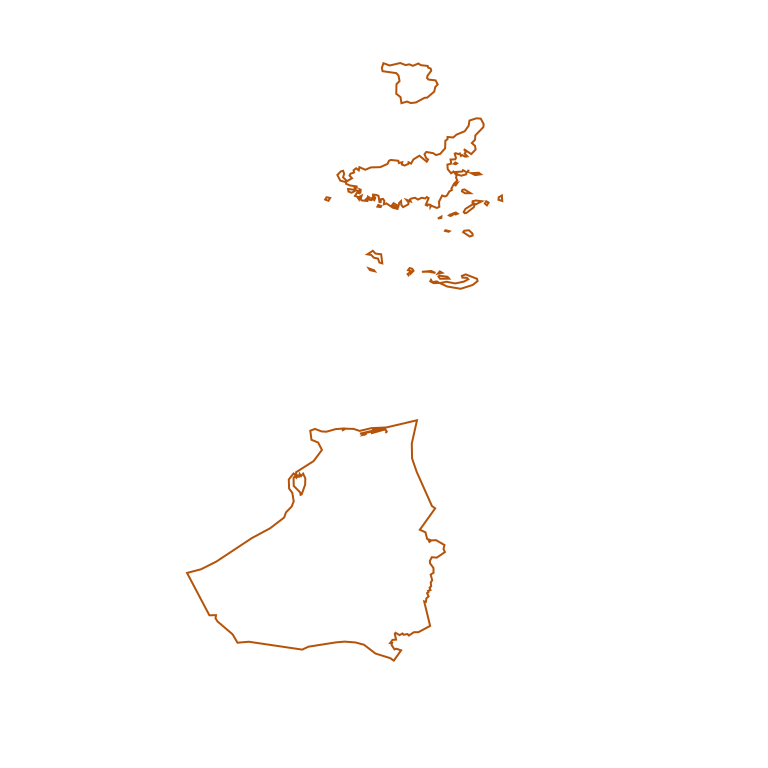 outline of Aceh Singkil, Aceh, Indonesia, rotated 120°
{"feature_id": "22746128B17710719872214", "entity_name": "Aceh Singkil", "entity_type": "district", "adm_level": 2, "iso_a3": "IDN", "parent_name": "Indonesia", "parent_adm1": "Aceh", "projection": "mercator", "projection_center": [97.426, 2.307], "detail": "fine", "context": "isolated", "style": "outline", "palette": "amber", "viewbox_px": 768, "rotation_deg": 120, "n_neighbors": 0, "source": "geoboundaries", "source_scale": "gbopen_adm2", "svg_char_len": 6181}
<svg xmlns="http://www.w3.org/2000/svg" viewBox="0 0 768 768"><g transform="rotate(120 384 384)"><path d="M398.9,337.3L420.5,360.3L427.8,371.7L422.6,360.3L423.7,357.9L424.1,357.8L425.6,358.0L423.8,358.0L422.8,360.4L433.3,370.6L424.9,363.9L436.0,375.8L436.6,374.8L437.5,375.4L438.7,376.8L436.3,376.0L438.1,378.4L439.0,380.0L426.7,366.7L427.5,370.1L429.3,371.7L428.2,371.1L428.2,372.5L436.8,381.6L438.1,387.9L442.0,395.1L445.5,397.0L442.0,395.3L442.6,396.6L447.4,403.5L454.1,410.0L456.3,414.4L457.4,421.3L461.3,424.5L468.6,418.9L467.6,411.8L472.1,404.8L485.9,406.4L504.3,416.0L506.5,414.8L506.4,413.4L508.2,413.1L506.6,411.2L504.1,412.1L505.3,409.8L502.1,409.2L505.0,405.0L510.5,402.0L520.7,400.1L521.7,400.8L519.8,402.4L517.4,411.2L510.7,415.3L508.7,415.1L508.9,413.6L506.8,415.2L506.7,417.6L514.3,418.7L522.0,413.9L524.2,408.9L530.8,403.5L536.3,402.7L544.2,404.7L549.5,403.7L565.9,410.5L583.5,421.4L621.6,440.4L635.9,449.8L646.1,460.1L671.6,419.6L668.2,413.9L671.2,412.7L672.9,409.4L676.5,389.9L681.3,381.5L674.8,372.2L654.9,322.0L649.3,318.1L632.0,296.7L626.8,289.3L622.1,279.5L619.8,271.0L621.7,256.6L618.3,241.5L618.7,237.2L606.1,236.0L607.1,241.0L608.6,242.2L606.2,247.0L604.2,247.5L605.2,249.1L601.4,248.7L599.3,245.7L595.1,249.7L593.7,249.6L593.7,245.0L590.8,243.2L591.4,241.7L588.8,238.6L589.4,236.7L584.0,234.0L581.7,230.1L570.4,223.1L552.2,240.5L551.7,238.8L548.5,240.1L545.6,239.2L543.6,242.1L541.9,241.4L541.1,242.4L539.2,240.7L537.6,242.7L535.6,242.0L532.5,244.3L529.9,244.1L525.7,248.3L522.7,246.7L518.6,249.2L516.3,254.4L514.4,255.8L510.1,256.0L508.0,251.5L499.1,247.2L497.1,250.0L493.2,251.1L493.2,260.8L495.7,264.7L498.0,265.7L497.4,266.7L496.0,266.0L496.6,269.1L491.7,274.0L492.3,280.1L466.1,277.5L465.7,281.5L443.7,311.8L434.4,322.5L421.6,330.2L398.9,337.3ZM135.2,421.9L132.3,424.2L131.4,428.4L127.0,427.3L123.0,429.2L111.9,426.4L109.1,427.6L105.8,432.9L107.7,436.8L113.1,441.7L118.0,439.8L124.8,440.5L131.8,445.9L135.9,447.3L138.3,452.5L140.3,451.4L142.7,452.5L149.3,448.9L156.6,450.4L159.7,453.4L159.5,456.8L161.9,463.4L164.8,463.8L167.4,460.2L167.5,458.1L170.1,458.1L168.6,467.5L174.8,470.8L179.6,470.8L179.7,473.6L181.3,473.0L184.5,475.4L185.0,478.3L182.8,479.1L185.2,481.6L183.5,483.2L186.6,490.2L188.2,491.3L191.7,491.0L198.1,495.7L203.0,503.7L207.8,507.3L208.5,513.7L211.6,512.7L211.1,516.0L214.1,517.2L215.8,515.7L218.7,518.2L220.8,518.0L221.8,514.6L226.8,517.4L225.5,522.8L221.9,523.6L219.8,526.0L221.5,527.7L226.3,528.9L229.7,523.6L228.2,517.8L229.6,516.9L229.1,512.8L226.6,506.5L227.6,505.7L228.9,507.4L230.3,505.6L229.4,500.8L227.6,502.6L227.4,501.3L230.1,500.2L231.2,500.6L231.5,503.0L235.6,503.2L234.9,499.4L235.8,499.8L236.7,497.9L234.0,498.8L232.0,497.6L235.7,496.6L236.2,495.2L234.4,491.1L233.9,492.2L232.3,491.8L232.8,490.3L229.8,491.6L229.8,489.7L231.9,489.3L231.0,486.8L229.4,487.6L227.8,486.7L225.5,488.2L224.2,485.5L223.8,482.8L228.7,478.9L228.2,477.9L225.5,479.0L224.2,477.4L225.2,475.3L228.4,474.0L226.4,472.2L226.9,464.4L225.6,459.8L224.5,460.2L224.9,466.4L222.6,466.1L222.7,460.4L219.6,461.4L217.1,460.7L220.3,458.5L221.3,455.9L216.3,452.8L214.6,453.4L213.3,456.6L212.5,452.1L211.2,453.8L209.9,453.2L207.2,450.2L207.3,446.8L203.9,444.5L202.7,441.0L200.7,440.4L200.7,438.3L208.0,437.4L207.9,435.7L206.5,435.6L205.6,433.5L207.5,432.3L205.9,432.3L205.1,426.2L202.9,424.7L198.6,427.5L191.7,427.9L191.1,424.9L189.5,423.8L184.5,423.7L182.0,422.2L181.1,423.3L175.5,423.5L171.1,422.3L169.3,424.8L167.2,425.3L165.2,430.0L168.0,431.3L166.1,436.2L162.3,438.8L159.5,436.0L156.3,438.6L153.8,434.6L152.3,434.7L149.2,437.9L148.2,437.3L147.8,434.6L146.4,433.6L148.0,431.4L146.7,430.9L146.6,427.5L145.2,425.7L144.2,429.3L142.1,429.2L140.6,432.1L141.3,423.4L135.2,421.9ZM105.7,486.7L101.1,488.1L97.7,487.3L95.3,491.2L98.1,497.7L97.5,499.7L95.3,500.5L89.1,499.7L87.5,501.3L87.9,504.0L86.7,505.2L89.5,511.6L89.2,514.4L94.0,518.1L94.5,521.9L97.0,524.8L97.9,530.4L105.3,538.3L106.5,544.9L111.4,543.9L113.8,541.6L108.6,528.7L109.7,525.6L113.9,522.0L118.1,523.1L126.5,518.5L127.3,513.1L132.1,509.3L127.9,505.3L127.3,501.3L124.3,497.2L115.9,492.0L114.4,489.8L105.7,486.7ZM248.1,354.4L246.4,356.0L248.2,368.0L251.4,370.6L252.7,369.3L250.6,365.4L251.2,363.4L255.4,366.0L261.3,372.6L264.2,381.0L268.7,386.1L268.0,378.1L263.2,365.2L254.0,356.8L248.1,354.4ZM278.4,451.9L281.1,448.7L280.4,445.8L273.1,451.3L275.3,456.6L274.2,460.3L280.0,463.2L278.6,459.6L279.7,456.0L278.4,451.9ZM195.2,401.0L195.7,399.5L194.5,398.1L186.1,394.6L183.8,395.1L183.6,396.6L186.2,398.2L191.6,401.0L195.2,401.0ZM165.0,421.3L161.3,417.6L159.3,418.4L159.3,422.5L160.8,422.4L164.4,427.6L165.9,425.3L165.0,421.3ZM212.9,391.4L213.4,383.5L211.1,381.5L209.5,382.5L208.4,387.3L211.2,391.2L212.9,391.4ZM182.8,398.0L182.4,394.2L176.8,390.6L179.2,396.3L181.4,398.6L182.8,398.0ZM264.8,388.1L260.2,380.2L259.4,382.6L262.5,390.2L263.7,390.6L264.8,388.1ZM234.6,507.7L231.8,506.0L230.9,507.5L233.1,512.6L235.1,511.0L234.6,507.7ZM178.2,412.8L178.3,409.2L175.5,404.5L175.3,411.7L176.7,413.2L178.2,412.8ZM157.8,413.9L157.5,409.5L154.0,405.0L153.7,407.6L157.8,413.9ZM274.8,416.0L271.2,415.0L270.1,417.1L270.8,419.8L273.4,420.1L272.8,416.9L274.8,416.0ZM253.7,527.2L253.1,523.7L249.8,523.7L251.0,527.1L253.7,527.2ZM165.0,378.0L167.2,377.0L166.4,373.1L161.8,376.2L165.0,378.0ZM267.9,407.3L264.5,401.6L262.1,395.0L262.5,399.6L267.9,407.3ZM271.9,395.3L271.9,391.5L268.8,386.6L268.7,389.5L271.6,393.1L270.3,395.4L271.9,395.3ZM177.3,386.9L177.8,384.2L174.6,384.1L174.6,386.8L177.3,386.9ZM201.6,409.3L201.4,406.7L199.7,405.4L199.6,407.6L201.6,409.3ZM233.7,478.4L232.5,475.4L231.3,475.4L231.8,478.5L233.7,478.4ZM258.6,392.0L261.5,392.5L258.6,389.2L258.6,392.0ZM291.5,455.0L292.4,453.1L291.0,448.4L290.5,449.7L291.5,455.0ZM205.5,412.0L205.2,410.3L203.4,409.2L204.1,411.5L205.5,412.0ZM213.7,420.1L211.6,417.4L210.3,418.0L213.7,420.1ZM229.7,484.3L227.2,484.6L226.8,485.4L229.5,485.5L229.7,484.3ZM220.9,407.7L219.8,404.1L219.0,403.7L220.1,407.7L220.9,407.7ZM156.4,431.1L156.5,433.0L158.3,433.5L157.9,431.8L156.4,431.1ZM177.1,421.3L173.3,421.0L174.6,422.0L177.1,421.3ZM277.0,418.5L277.4,417.4L275.6,417.9L277.0,418.5ZM158.1,417.1L156.2,417.9L158.4,417.5L158.1,417.1Z" fill="none" stroke="#b45309" stroke-width="2"/></g></svg>